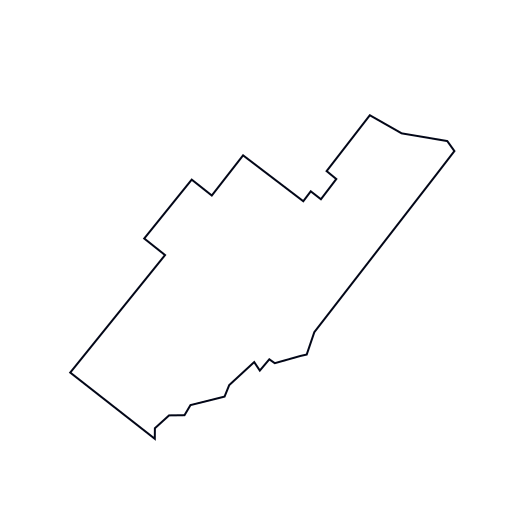 Ben Hill, Georgia, United States of America (Albers equal-area conic projection), rotated 127°
{"feature_id": "52423323B98536911266025", "entity_name": "Ben Hill", "entity_type": "district", "adm_level": 2, "iso_a3": "USA", "parent_name": "United States of America", "parent_adm1": "Georgia", "projection": "albers", "projection_center": [-83.233, 31.752], "detail": "fine", "context": "isolated", "style": "outline", "palette": "ink", "viewbox_px": 512, "rotation_deg": 127, "n_neighbors": 0, "source": "geoboundaries", "source_scale": "gbopen_adm2", "svg_char_len": 532}
<svg xmlns="http://www.w3.org/2000/svg" viewBox="0 0 512 512"><g transform="rotate(127 256 256)"><path d="M52.8,160.7L49.1,172.4L70.4,213.5L75.1,249.8L145.7,250.7L146.2,238.2L171.6,238.3L171.4,251.2L183.8,251.2L183.4,326.9L234.3,327.7L233.7,353.3L309.3,355.8L310.0,329.2L460.9,334.2L462.9,226.8L454.4,233.1L435.6,229.5L426.2,217.3L414.5,218.6L387.2,196.5L375.2,199.7L341.8,193.6L345.2,184.0L330.5,183.2L330.3,176.5L309.0,160.3L304.2,156.2L281.7,163.6L83.4,161.0L52.8,160.7Z" fill="none" stroke="#020617" stroke-width="2"/></g></svg>